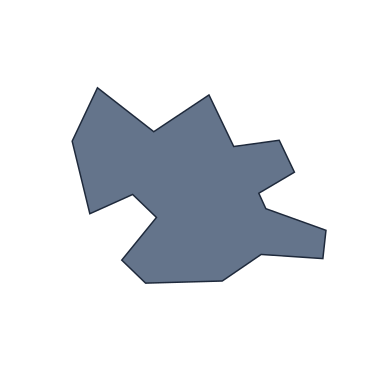 Bucharest, Natural Earth projection, rotated 314°
{"feature_id": "ROU-128", "entity_name": "Bucharest", "entity_type": "City", "adm_level": 1, "iso_a3": "ROU", "parent_name": "Romania", "parent_adm1": "", "projection": "natural_earth1", "projection_center": [26.1, 44.46], "detail": "fine", "context": "isolated", "style": "filled", "palette": "slate", "viewbox_px": 384, "rotation_deg": 314, "n_neighbors": 0, "source": "natural_earth", "source_scale": "10m", "svg_char_len": 394}
<svg xmlns="http://www.w3.org/2000/svg" viewBox="0 0 384 384"><g transform="rotate(314 192 192)"><path d="M201.3,51.6L208.8,122.6L273.6,136.8L253.7,190.4L289.8,218.8L277.4,251.9L237.5,240.9L231.3,256.7L257.5,315.0L235.0,332.4L195.1,285.1L149.0,275.6L94.2,221.9L94.2,188.8L149.0,184.1L149.0,151.0L105.4,133.6L145.3,70.5L201.3,51.6Z" fill="#64748b" stroke="#1e293b" stroke-width="1.5"/></g></svg>